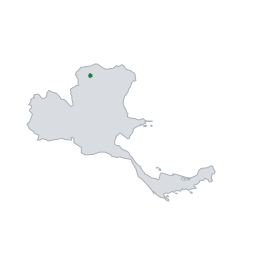 location of Phang Khon, Sakon Nakhon, Thailand, rotated 298°
{"feature_id": "78962969B14140185659984", "entity_name": "Phang Khon", "entity_type": "district", "adm_level": 2, "iso_a3": "THA", "parent_name": "Thailand", "parent_adm1": "Sakon Nakhon", "projection": "albers", "projection_center": [103.735, 17.372], "detail": "fine", "context": "in_parent", "style": "filled", "palette": "green", "viewbox_px": 256, "rotation_deg": 298, "n_neighbors": 0, "source": "geoboundaries", "source_scale": "gbopen_adm2", "svg_char_len": 4361}
<svg xmlns="http://www.w3.org/2000/svg" viewBox="0 0 256 256"><g transform="rotate(298 128 128)"><path d="M110.5,30.2L110.7,31.1L111.8,29.9L113.0,29.3L115.5,32.1L115.8,33.3L113.9,37.8L114.2,39.3L115.3,40.5L116.7,41.3L118.2,41.1L121.1,39.9L124.2,40.7L124.0,43.7L125.1,48.5L123.4,53.3L121.9,55.6L123.0,57.7L123.1,59.7L120.0,67.2L120.6,67.8L122.5,68.6L123.3,68.4L126.5,65.4L130.0,63.2L131.2,61.3L133.4,60.6L135.4,58.9L139.9,62.0L141.1,62.3L141.7,62.8L141.9,64.0L142.5,64.2L144.4,62.5L147.5,61.4L148.8,58.8L150.3,58.1L150.1,56.8L150.6,56.3L153.1,56.2L157.0,57.6L158.4,57.8L159.1,57.5L165.2,65.9L169.2,69.1L170.2,71.2L169.3,76.9L169.4,80.0L170.3,82.5L172.0,84.2L173.3,86.6L178.0,88.9L177.6,89.5L177.9,91.0L180.8,92.7L181.1,93.3L180.8,95.6L179.5,97.3L179.2,98.7L179.2,100.5L179.9,103.1L179.1,108.5L177.3,110.1L175.1,111.2L173.8,112.7L172.9,112.3L172.5,110.8L170.0,110.0L165.2,110.8L162.8,110.4L159.5,111.0L156.4,110.7L154.5,110.1L149.3,111.3L147.1,112.4L145.5,113.9L143.1,117.9L140.7,120.3L140.7,121.3L137.7,121.9L137.8,125.3L139.5,129.0L140.0,133.6L143.4,136.9L142.7,139.2L143.1,141.4L145.7,146.6L143.8,144.2L143.4,142.5L141.2,139.9L140.5,141.2L137.9,139.2L136.8,137.3L136.4,138.2L133.8,135.4L131.2,134.0L129.7,133.3L126.1,134.2L121.4,133.4L119.6,134.1L118.8,133.6L118.4,132.8L119.8,123.2L115.8,121.9L115.1,121.3L114.3,122.0L110.3,122.3L107.4,124.0L107.0,125.5L108.3,128.2L106.5,132.9L107.0,137.4L106.7,139.9L104.6,143.0L104.1,145.5L101.7,149.3L100.1,154.1L99.7,157.0L96.9,161.2L96.2,163.6L95.2,164.5L95.6,166.4L95.0,172.3L96.6,176.6L96.1,178.6L97.9,179.4L102.4,178.1L103.9,178.5L104.8,180.9L105.8,187.9L107.6,190.1L108.1,189.0L109.0,190.1L109.6,192.2L111.8,203.3L113.0,206.1L111.5,205.4L110.8,201.9L109.5,201.8L110.0,199.6L109.2,198.8L107.8,199.4L107.8,201.1L111.3,206.6L113.5,206.8L116.3,209.3L119.3,211.1L123.2,210.5L125.9,211.1L127.4,212.6L129.9,216.4L134.0,219.5L133.4,221.4L131.7,222.9L130.8,225.0L129.7,225.6L128.2,225.6L126.5,223.8L122.4,225.4L121.5,226.9L120.4,227.3L118.6,225.5L118.8,224.6L119.9,223.1L119.7,219.3L117.2,219.2L115.7,216.4L115.1,216.1L113.9,216.5L110.1,215.1L109.0,213.3L107.8,213.4L107.0,216.5L103.6,212.3L101.3,210.6L101.7,207.5L100.1,206.9L99.5,206.0L100.1,204.2L97.9,204.4L96.9,203.9L95.7,200.6L94.6,199.2L93.2,199.2L92.7,198.6L92.9,196.9L89.4,194.6L88.3,191.9L86.7,190.7L85.6,191.0L84.5,192.8L83.7,192.7L82.9,192.2L82.1,189.5L82.3,184.9L83.5,182.3L84.2,178.0L85.9,174.4L89.6,163.9L89.9,159.8L95.8,154.0L99.8,147.3L101.1,146.3L101.6,145.0L99.7,139.5L98.9,135.7L99.1,134.7L96.7,132.0L96.2,129.0L95.5,128.1L95.3,127.1L96.3,125.4L95.9,118.9L93.4,114.3L88.7,110.0L84.6,103.8L84.1,101.6L84.1,98.5L87.5,96.5L88.9,96.4L89.6,87.2L92.6,85.6L93.2,84.8L93.6,83.3L92.9,82.4L91.0,83.8L90.6,83.5L88.4,78.0L88.0,74.7L78.9,63.4L79.4,61.5L78.1,56.7L76.7,56.6L75.8,55.7L74.9,53.5L76.7,53.8L79.7,52.7L79.3,48.1L80.7,45.4L81.0,41.0L83.3,38.4L83.6,37.2L84.8,37.0L86.4,38.0L88.1,38.1L95.1,37.2L96.0,36.0L96.5,33.6L97.2,32.8L98.7,32.6L100.5,33.2L102.4,32.2L102.1,29.4L105.4,29.9L107.6,28.7L110.5,30.2ZM84.6,194.1L84.0,197.5L82.6,198.2L82.2,196.1L83.1,193.0L83.5,193.7L84.6,194.1ZM107.1,174.6L106.9,176.2L105.6,176.7L105.4,174.9L107.1,174.6ZM137.6,140.7L139.0,143.1L137.3,142.9L137.0,140.6L137.6,140.7ZM100.8,215.3L100.0,214.3L100.7,212.7L101.3,214.6L100.8,215.3ZM86.9,194.5L86.5,196.4L85.9,193.8L86.9,194.5ZM107.2,173.1L106.6,172.9L106.0,171.8L106.8,171.8L107.2,173.1ZM92.7,200.3L93.5,202.5L92.6,201.5L92.7,200.3ZM141.3,147.0L141.1,148.4L140.3,147.8L140.8,146.8L141.3,147.0ZM83.3,180.8L82.5,181.3L83.2,180.0L83.3,180.8Z" fill="#d9dde1" stroke="#a8b0b8" stroke-width="1"/><path d="M157.9,69.0L157.8,68.9L157.5,68.8L157.4,68.8L157.3,69.0L157.2,69.0L157.0,69.3L156.9,69.4L156.7,69.4L156.5,69.5L156.4,69.5L156.3,69.4L156.2,69.4L155.9,69.3L155.7,69.4L155.6,69.5L155.6,69.4L155.5,69.5L155.4,69.5L155.2,69.6L155.0,69.8L155.0,69.7L155.0,69.8L154.9,69.9L154.9,70.0L155.0,70.1L155.0,70.3L155.2,70.5L155.2,70.4L155.3,70.4L155.5,70.4L155.6,70.5L155.8,70.6L156.1,70.7L156.1,70.8L156.2,71.0L156.3,71.1L156.2,71.1L156.3,71.2L156.4,71.3L156.3,71.5L156.2,71.6L156.3,71.7L156.3,71.8L156.2,71.8L156.3,71.8L156.5,71.8L156.7,71.7L156.8,71.6L156.9,71.4L156.9,71.2L156.7,70.8L156.7,70.7L156.8,70.5L157.0,70.4L157.1,70.2L157.3,70.0L157.5,70.0L157.8,70.3L157.8,70.2L157.8,69.9L157.9,69.7L157.9,69.4L157.9,69.2L157.9,69.0Z" fill="#22c55e" stroke="#15803d" stroke-width="1.5"/></g></svg>